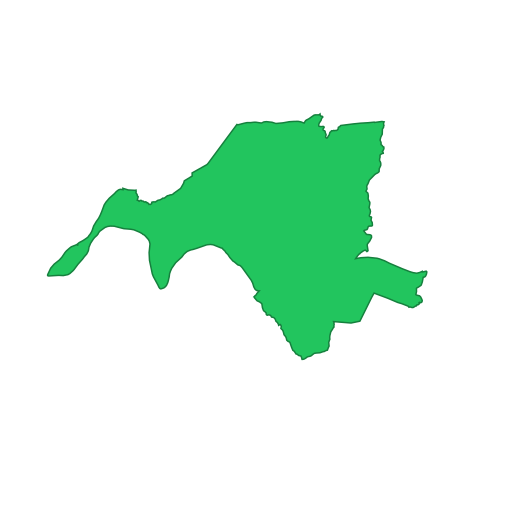 Samborondon, Guayas, Ecuador, rotated 55°
{"feature_id": "8360857B50799900166454", "entity_name": "Samborondon", "entity_type": "district", "adm_level": 2, "iso_a3": "ECU", "parent_name": "Ecuador", "parent_adm1": "Guayas", "projection": "robinson", "projection_center": [-79.798, -2.011], "detail": "fine", "context": "isolated", "style": "filled", "palette": "green", "viewbox_px": 512, "rotation_deg": 55, "n_neighbors": 0, "source": "geoboundaries", "source_scale": "gbopen_adm2", "svg_char_len": 6110}
<svg xmlns="http://www.w3.org/2000/svg" viewBox="0 0 512 512"><g transform="rotate(55 256 256)"><path d="M388.8,147.8L388.8,146.4L387.9,145.4L386.6,145.0L383.9,144.6L382.4,144.9L380.1,146.9L379.3,147.2L377.2,144.9L374.6,143.2L374.4,142.6L374.6,141.2L374.7,137.8L374.5,137.2L372.6,134.6L369.3,131.2L369.8,130.3L369.9,129.5L369.8,128.8L369.0,127.3L368.4,126.5L367.2,125.5L367.1,125.2L366.0,125.3L364.8,128.4L364.3,129.0L363.9,128.7L363.4,131.4L362.3,134.2L359.7,136.9L357.3,138.8L350.3,143.5L338.4,150.9L333.7,153.4L329.1,156.6L327.3,158.1L321.3,165.0L317.6,171.0L315.3,175.9L314.1,172.7L313.5,170.1L313.7,169.8L313.4,168.8L313.4,165.1L313.7,163.5L314.0,163.0L316.0,162.6L316.0,161.6L315.9,161.2L315.3,160.9L310.7,158.6L310.0,157.6L309.0,154.3L307.1,150.7L305.7,149.8L304.7,149.9L303.8,150.6L301.7,153.1L297.3,153.3L297.1,152.6L298.0,150.0L297.7,149.1L296.4,147.4L296.3,146.4L297.8,144.0L297.8,143.3L297.5,142.9L295.2,141.6L292.7,141.3L290.6,139.2L289.9,139.3L288.9,140.2L288.2,140.2L287.6,139.7L286.8,138.4L285.2,136.7L283.7,136.0L281.2,135.6L278.6,132.9L277.2,131.9L275.7,131.9L273.4,131.3L271.2,129.5L268.7,128.3L265.9,128.8L264.8,126.6L262.7,125.5L261.8,124.6L261.0,122.8L258.8,119.5L257.4,112.0L257.4,110.5L257.7,108.7L257.6,107.2L257.4,106.7L255.2,105.0L253.7,102.4L253.1,101.6L251.4,100.5L249.9,100.1L248.9,100.1L248.2,99.7L246.9,98.6L246.2,97.7L244.8,96.8L244.4,96.2L244.3,94.4L244.9,92.9L243.9,92.4L243.3,92.6L242.8,92.5L242.5,91.4L241.5,89.7L240.1,88.8L239.9,88.8L239.7,89.2L239.1,89.3L237.6,89.3L236.9,89.6L236.2,89.6L235.9,89.2L234.6,88.4L232.2,87.9L230.2,85.6L228.6,82.7L224.5,79.6L223.9,77.9L222.9,77.0L222.6,76.4L222.1,76.3L220.3,75.3L219.6,74.1L218.0,75.7L214.6,82.3L214.2,82.3L211.2,87.6L207.2,94.1L203.4,100.9L197.7,111.7L197.7,112.2L198.1,113.0L197.8,114.6L198.4,115.4L199.2,115.9L199.4,117.2L199.3,118.2L198.6,119.1L198.3,119.9L197.8,120.2L197.4,121.5L196.8,122.1L196.8,122.7L197.1,123.4L197.1,124.5L198.8,126.6L199.2,128.0L199.9,129.2L200.1,130.3L199.4,130.8L198.6,130.8L198.2,130.6L196.9,129.0L194.7,128.5L193.5,127.9L192.7,128.0L191.8,128.7L191.1,128.7L190.4,128.2L189.8,126.5L189.0,126.2L188.3,126.7L187.6,128.1L186.4,129.5L185.9,130.0L185.3,129.9L184.4,129.3L183.4,128.0L182.2,124.9L180.9,123.3L180.6,121.7L180.4,121.5L179.6,121.6L178.3,122.8L177.6,122.7L176.4,122.1L176.5,123.1L176.3,123.8L174.5,126.3L173.9,127.6L173.9,134.1L173.5,136.9L173.6,137.9L174.7,140.4L172.0,142.2L169.9,144.2L167.6,147.6L165.1,151.7L162.3,157.7L159.1,163.3L158.5,164.0L155.7,166.1L151.9,170.4L150.7,172.6L150.2,175.3L146.4,179.3L145.1,181.2L143.6,184.0L141.6,186.8L140.4,189.6L138.4,195.0L137.8,195.9L137.3,196.2L152.7,242.3L153.0,243.8L151.3,260.7L153.9,262.4L153.3,271.6L154.9,273.6L157.2,278.5L157.4,279.3L157.5,287.5L157.7,287.8L157.5,289.9L156.7,291.3L156.4,292.7L155.8,294.1L156.0,298.0L155.1,299.3L155.2,300.7L154.9,302.6L154.1,304.4L154.0,307.5L153.1,308.5L152.4,309.8L152.2,310.6L152.6,310.7L153.2,311.4L153.3,312.8L152.6,313.3L152.4,314.1L150.6,314.1L149.7,314.6L149.5,315.1L148.7,315.0L148.0,315.7L147.8,316.5L147.2,316.8L146.6,316.8L145.6,317.7L145.5,318.0L144.5,318.2L144.0,319.1L144.3,319.9L144.2,320.4L143.0,320.6L142.2,321.3L139.9,318.5L138.6,318.7L137.4,318.1L135.4,318.1L134.6,317.3L133.2,316.5L132.9,317.3L128.6,322.8L124.2,326.2L125.4,326.9L123.7,328.7L123.2,329.8L123.0,330.9L123.1,333.5L123.7,336.1L124.5,343.0L125.8,348.0L127.1,351.1L131.2,357.0L133.2,360.2L134.8,363.2L136.3,367.4L138.3,371.8L141.2,375.7L142.0,377.1L143.2,379.9L143.4,381.0L144.0,382.2L144.2,384.1L144.2,386.7L144.1,389.3L143.6,393.1L143.8,395.4L143.9,395.8L144.3,395.9L145.4,395.4L144.5,396.0L143.8,396.2L143.6,397.5L142.5,402.1L142.6,404.1L143.1,408.4L143.6,410.4L145.6,415.6L146.5,419.4L146.9,426.0L148.2,431.1L151.8,437.4L152.5,437.9L152.9,437.8L153.5,437.2L158.7,428.7L161.5,425.1L163.4,420.7L163.6,418.6L163.1,414.4L162.7,412.7L160.7,406.7L159.1,400.0L158.1,397.0L157.3,393.6L155.9,390.9L155.1,389.8L153.0,387.8L150.7,384.2L148.9,379.7L148.3,377.7L147.9,374.5L147.4,372.8L146.6,371.4L146.1,369.6L146.0,363.3L146.7,360.6L147.9,358.2L150.2,355.1L157.8,348.6L162.1,343.4L164.5,341.0L169.9,337.6L172.7,336.3L173.5,336.2L174.6,335.5L176.1,335.2L180.5,334.7L182.4,334.8L185.3,335.9L191.9,341.6L198.4,345.7L211.2,351.2L214.1,351.9L223.6,353.0L225.7,353.4L227.4,353.4L228.2,353.0L228.6,352.2L229.3,349.7L229.2,348.0L228.8,346.3L227.3,343.7L225.6,341.6L223.3,339.1L220.9,336.9L219.3,334.7L217.7,332.0L215.4,325.6L214.3,317.3L213.2,314.0L212.9,311.6L212.8,309.6L213.6,306.0L214.5,303.9L215.7,300.2L218.6,289.9L220.4,286.7L222.3,284.6L229.5,279.9L230.4,279.1L231.3,279.2L234.2,278.6L236.0,278.7L238.6,278.2L242.2,278.3L246.9,277.8L248.5,277.1L252.8,276.0L254.9,274.4L257.5,274.0L273.3,273.8L276.4,274.3L280.0,275.5L282.7,275.8L284.0,275.5L285.0,275.0L285.0,274.7L285.9,274.1L286.4,273.4L287.2,276.7L287.9,278.2L288.0,279.6L288.3,281.0L288.6,280.8L289.3,281.2L293.3,280.8L295.7,279.4L298.2,278.6L299.1,278.9L302.1,280.4L304.8,281.1L305.8,281.0L307.2,280.5L308.4,280.3L309.5,281.0L310.3,281.1L311.0,280.7L311.5,279.3L312.7,278.3L313.2,278.1L314.9,278.3L316.3,277.0L317.1,276.6L318.8,276.5L321.0,277.1L322.8,276.6L324.8,276.8L325.8,277.2L325.9,275.5L326.2,275.3L328.1,275.6L329.7,277.2L331.5,276.8L332.6,276.8L334.3,277.3L336.6,278.2L338.6,278.0L340.1,278.1L342.6,279.1L344.4,278.7L345.6,277.9L346.3,277.8L351.5,279.3L354.4,279.9L356.0,279.3L359.3,279.4L359.9,278.7L362.0,278.1L363.6,276.6L365.3,276.9L367.1,277.6L367.4,277.2L367.9,276.1L368.1,275.2L368.2,273.4L368.1,271.6L369.1,269.3L369.4,267.9L369.2,265.8L369.2,264.0L370.0,262.4L372.0,259.0L372.9,255.7L373.3,255.2L373.6,252.9L374.1,251.5L372.6,249.4L371.7,247.8L368.4,245.9L366.4,243.1L365.6,242.8L363.7,241.3L361.0,238.2L359.8,235.2L359.3,234.4L358.9,232.8L357.9,232.4L357.1,231.4L356.4,231.0L356.0,231.0L355.5,230.4L354.2,230.1L365.4,216.6L369.0,208.3L356.3,185.1L354.1,180.6L366.3,172.2L375.3,166.6L378.7,163.9L383.8,160.5L384.5,160.1L385.7,160.1L386.1,159.0L387.8,157.7L388.4,156.5L388.5,153.7L388.9,153.2L388.3,152.1L388.9,151.2L389.0,150.4L388.7,149.6L387.7,149.2L387.7,148.7L388.6,148.2L388.8,147.8Z" fill="#22c55e" stroke="#15803d" stroke-width="1.5"/></g></svg>